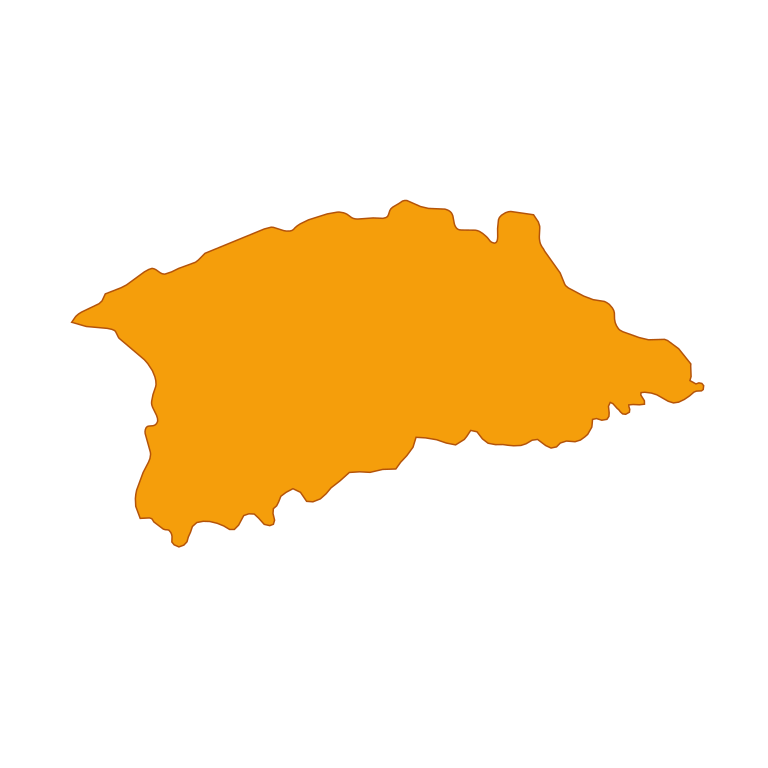 the border of Durazno, rotated 187°
{"feature_id": "URY-13", "entity_name": "Durazno", "entity_type": "Department", "adm_level": 1, "iso_a3": "URY", "parent_name": "Uruguay", "parent_adm1": "", "projection": "albers", "projection_center": [-56.089, -32.962], "detail": "fine", "context": "isolated", "style": "filled", "palette": "amber", "viewbox_px": 768, "rotation_deg": 187, "n_neighbors": 0, "source": "natural_earth", "source_scale": "10m", "svg_char_len": 3765}
<svg xmlns="http://www.w3.org/2000/svg" viewBox="0 0 768 768"><g transform="rotate(187 384 384)"><path d="M567.7,197.3L572.7,198.8L575.3,201.3L575.8,206.8L576.4,208.7L577.5,210.6L579.7,212.7L581.5,212.9L583.2,212.7L585.4,213.1L595.7,219.1L596.9,220.7L598.1,222.0L600.5,222.5L609.6,220.9L615.5,232.3L616.8,239.9L616.9,244.2L616.6,248.5L612.3,266.8L608.2,277.8L607.2,281.6L607.1,285.8L607.6,287.9L615.0,305.7L615.4,307.8L615.3,309.8L614.8,311.6L613.7,313.0L612.2,313.6L608.3,314.4L606.7,315.1L605.4,316.3L604.6,317.8L604.1,319.6L604.6,322.2L605.9,325.1L610.8,332.6L611.9,334.9L612.4,336.7L612.5,338.7L612.0,345.4L610.3,353.6L610.2,355.7L610.9,359.5L612.3,363.3L615.5,369.0L620.9,375.4L624.8,378.9L652.5,397.1L653.3,398.0L656.6,403.0L657.8,404.2L660.8,405.1L665.5,405.5L686.5,404.8L701.5,407.2L698.7,412.6L697.8,414.0L695.7,416.3L693.0,418.5L676.6,429.0L674.0,432.1L671.6,439.5L656.7,447.5L651.7,450.9L635.5,466.1L631.5,469.0L628.3,470.5L626.3,470.3L624.4,469.7L619.6,467.1L617.6,466.4L615.0,466.3L608.5,469.4L601.9,473.7L585.9,481.9L583.4,484.4L577.6,491.9L521.7,523.3L515.1,525.9L512.9,526.0L502.1,524.0L499.5,523.9L495.9,524.4L493.8,525.3L492.4,526.7L491.4,528.2L489.5,530.3L486.7,532.7L479.0,537.7L461.1,545.9L451.3,548.9L449.2,549.2L445.0,549.0L442.9,548.5L441.2,547.9L436.4,545.2L434.5,544.6L432.4,544.4L430.3,544.5L415.0,547.5L405.2,548.3L402.4,549.4L400.9,550.7L400.2,552.6L399.4,556.7L398.5,558.8L396.8,560.7L390.8,565.3L388.0,567.8L385.8,568.7L383.6,568.9L369.4,564.6L361.3,563.7L344.8,565.0L342.7,564.6L340.8,564.0L339.2,563.1L337.9,562.0L336.9,560.6L336.1,559.1L333.9,552.1L333.2,550.4L332.3,549.0L331.2,547.7L329.8,546.7L327.9,546.2L325.6,546.3L312.0,547.8L309.9,547.6L307.9,547.1L304.5,545.5L300.1,542.6L298.8,541.5L296.2,538.9L294.5,537.8L291.6,537.2L290.0,538.1L289.2,539.8L289.0,541.8L289.1,544.0L290.2,552.2L290.4,561.0L289.7,563.4L288.0,565.8L284.3,568.8L281.6,570.1L279.2,570.7L256.2,570.2L250.6,563.7L248.7,559.6L248.4,557.6L247.8,549.2L247.5,547.2L246.6,544.0L245.7,542.0L244.1,539.6L242.1,537.4L240.8,535.5L222.7,515.7L216.8,505.1L215.8,503.8L212.7,501.8L196.5,495.6L186.7,493.2L175.3,492.8L172.8,491.9L170.1,490.5L166.5,487.2L164.9,484.9L164.0,482.6L163.1,476.6L162.0,473.1L160.3,470.1L158.1,467.5L156.8,466.4L153.4,465.0L136.5,461.2L126.8,460.1L111.0,462.5L107.8,461.7L95.8,454.9L81.9,441.3L81.8,439.3L80.1,428.8L80.8,424.7L74.4,422.1L71.6,423.5L68.6,423.3L66.5,421.3L66.5,417.4L68.0,415.9L73.1,415.0L75.4,413.7L79.2,409.5L84.0,405.3L89.3,401.9L94.4,400.5L99.8,401.5L111.8,406.5L117.5,407.6L124.2,407.6L127.8,406.8L127.8,404.4L123.5,399.1L123.0,395.7L127.9,394.5L134.4,394.0L138.5,393.1L138.2,391.5L137.0,388.8L137.0,385.9L140.4,383.4L143.5,383.4L145.9,385.1L147.9,387.1L149.5,388.1L154.4,392.4L157.2,393.3L158.5,389.3L157.0,382.8L156.8,379.3L158.4,376.1L163.4,374.6L168.9,375.6L172.7,374.3L172.5,368.8L172.5,366.5L175.7,358.8L178.2,356.0L182.2,352.3L187.3,350.0L196.0,349.6L201.8,346.9L205.1,342.6L210.4,340.8L216.0,342.6L224.8,347.7L230.1,346.3L235.7,342.0L240.6,339.7L247.7,338.5L253.5,338.3L258.6,338.4L266.0,337.4L273.5,337.9L279.6,341.5L285.9,347.9L292.3,348.5L295.4,342.2L297.5,338.8L305.5,332.3L315.0,333.0L324.9,335.1L336.2,335.6L345.7,335.0L347.5,324.8L352.6,315.7L358.0,308.3L361.9,301.1L374.8,299.1L387.1,294.6L397.4,293.9L407.6,292.0L415.7,282.7L423.9,274.5L428.1,268.0L433.2,262.2L440.2,258.4L446.5,258.1L453.7,266.3L461.6,269.0L467.9,264.6L472.7,260.0L474.2,254.2L475.7,250.0L478.6,246.8L478.4,242.0L476.0,235.5L476.7,231.3L480.1,229.5L485.8,230.1L492.1,235.6L496.9,239.1L502.3,238.7L507.2,236.3L511.1,226.2L514.8,221.4L519.5,220.8L525.8,223.6L532.5,225.4L540.1,226.3L546.7,225.7L552.9,223.7L556.8,219.2L558.0,213.3L559.6,208.2L560.3,203.4L563.0,199.7L567.7,197.3Z" fill="#f59e0b" stroke="#b45309" stroke-width="1.5"/></g></svg>